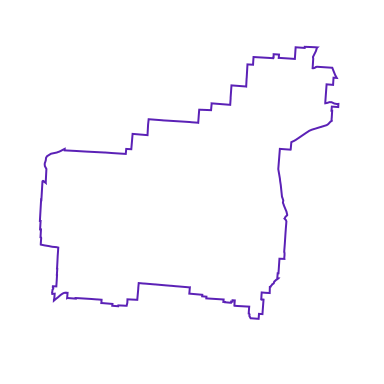 Orange, New South Wales, Australia, rotated 264°
{"feature_id": "25037944B16030223882467", "entity_name": "Orange", "entity_type": "district", "adm_level": 2, "iso_a3": "AUS", "parent_name": "Australia", "parent_adm1": "New South Wales", "projection": "orthographic", "projection_center": [149.098, -33.328], "detail": "fine", "context": "isolated", "style": "outline", "palette": "violet", "viewbox_px": 384, "rotation_deg": 264, "n_neighbors": 0, "source": "geoboundaries", "source_scale": "gbopen_adm2", "svg_char_len": 4684}
<svg xmlns="http://www.w3.org/2000/svg" viewBox="0 0 384 384"><g transform="rotate(264 192 192)"><path d="M322.7,331.7L323.1,329.5L323.9,324.2L324.6,319.3L323.5,319.1L324.4,314.1L325.1,310.2L313.6,308.2L314.6,302.5L316.3,292.5L316.3,292.3L319.6,292.9L320.5,287.6L317.2,287.2L317.2,286.7L316.6,286.6L317.3,282.6L319.8,267.3L314.0,266.3L312.2,266.0L313.1,260.5L299.7,258.3L299.4,258.2L291.2,256.9L291.3,256.6L293.9,242.4L281.4,240.2L281.0,240.2L274.7,239.1L278.1,220.8L277.9,220.8L271.4,219.5L273.1,207.8L271.7,207.5L260.2,205.4L260.3,205.1L261.4,198.9L261.8,197.2L263.0,190.2L265.6,174.7L266.3,170.4L266.4,170.2L268.9,156.5L263.8,155.4L253.2,153.7L256.0,139.0L240.9,136.1L241.7,131.1L236.8,130.1L239.0,117.1L240.4,109.5L240.4,109.2L241.5,102.2L243.4,90.1L243.5,89.5L244.9,81.1L245.9,74.8L246.7,69.7L248.2,69.9L247.8,68.8L246.5,65.6L245.9,63.8L245.8,63.1L245.4,61.7L244.8,55.8L243.4,52.9L242.7,51.5L241.2,50.4L238.9,49.9L237.2,49.2L236.5,48.8L235.5,48.5L235.1,48.4L233.1,48.4L230.1,49.6L221.1,48.2L218.6,47.8L216.5,47.5L216.4,47.5L216.5,47.4L216.6,47.2L216.8,47.0L216.9,46.9L217.0,46.7L217.3,46.4L217.5,46.2L217.8,46.0L217.8,45.9L218.0,45.8L218.1,45.7L218.3,45.5L218.3,45.4L218.5,45.3L218.5,45.2L218.6,44.9L218.4,44.6L218.2,44.4L200.0,41.4L200.2,41.1L199.7,41.0L199.3,41.0L179.1,37.7L179.0,38.4L176.1,37.9L173.6,37.5L173.1,37.4L170.7,37.0L170.6,37.9L162.8,36.6L162.6,37.1L162.0,37.2L155.8,36.1L155.5,36.1L154.3,39.8L153.2,43.9L152.9,44.9L152.8,45.1L152.1,47.4L151.7,49.5L151.5,50.5L151.3,51.5L150.7,53.2L143.3,51.9L142.8,51.8L135.7,50.7L131.3,50.0L129.9,49.7L129.8,50.0L124.6,49.1L123.7,48.9L123.6,49.1L118.1,48.2L112.3,47.2L112.8,43.8L111.8,43.6L111.2,43.9L110.3,43.9L109.5,43.1L107.7,42.7L106.5,42.3L105.3,42.4L105.2,42.4L105.2,42.5L105.3,42.6L105.3,42.8L105.3,43.0L105.3,43.3L105.3,43.5L105.3,43.8L105.2,44.2L105.2,44.3L105.2,44.6L105.2,44.8L100.0,43.8L99.7,43.5L98.4,43.3L100.2,45.9L100.6,46.6L101.2,47.6L103.3,50.5L104.0,51.8L104.5,52.7L105.0,54.2L105.1,55.6L105.0,56.4L104.8,56.4L104.7,57.7L99.5,56.7L99.6,57.0L98.1,65.2L98.7,65.2L98.4,67.2L96.2,80.3L95.1,86.2L95.1,86.4L94.3,90.8L93.0,90.6L91.0,90.2L90.9,91.2L89.0,101.2L87.2,100.8L86.1,106.6L86.9,106.8L86.9,107.0L86.2,111.8L85.9,113.5L85.8,114.5L85.7,115.1L88.6,116.1L92.0,116.6L90.5,126.3L101.7,128.5L102.0,128.5L107.0,129.5L106.4,132.5L106.2,133.4L105.9,135.1L105.9,135.3L104.0,145.2L104.0,145.4L101.8,156.6L100.9,161.4L100.9,161.6L100.1,165.4L99.5,168.7L97.4,179.6L97.4,179.9L91.2,178.7L88.7,191.5L87.2,191.2L86.4,195.4L84.7,195.1L81.8,212.2L79.4,211.7L79.2,213.3L78.9,213.3L78.1,217.4L78.0,217.8L77.8,219.0L77.8,219.3L78.4,219.4L78.7,219.5L78.9,219.5L78.7,220.7L80.1,221.0L79.7,223.2L76.5,222.6L74.7,222.3L74.6,222.5L74.4,222.5L73.9,225.2L72.0,236.9L71.5,236.8L65.3,235.7L65.2,236.1L64.0,236.4L62.7,236.1L60.3,237.1L60.1,238.4L58.9,245.0L63.8,245.9L63.2,249.3L74.3,251.3L77.5,251.9L77.7,251.3L77.7,249.8L78.0,249.6L80.4,250.1L80.8,250.1L84.8,250.8L84.1,254.4L83.4,258.7L89.5,259.5L89.6,260.3L90.1,260.5L90.6,261.1L91.2,261.7L91.6,262.0L91.8,262.1L92.0,262.6L92.2,263.1L92.3,263.3L92.6,263.7L92.9,263.9L93.5,264.0L93.8,264.2L93.9,264.3L94.0,264.3L94.3,264.5L94.5,264.7L94.5,264.8L94.7,265.0L94.8,265.1L94.9,265.3L95.0,265.4L95.0,265.5L95.3,265.8L95.4,266.0L95.5,266.1L95.7,266.3L95.8,266.4L95.8,266.5L96.0,266.8L96.1,267.2L96.2,267.3L96.3,267.5L96.5,267.7L96.5,267.8L96.7,268.0L96.8,268.2L96.8,268.3L96.9,268.5L97.0,268.7L97.0,268.9L97.1,269.0L97.3,267.8L98.6,268.0L98.8,268.1L102.2,268.7L102.1,269.5L116.5,272.0L115.8,276.9L116.9,276.9L119.5,277.4L121.2,277.6L122.5,277.6L122.7,277.4L130.9,278.9L140.8,280.6L146.4,281.6L150.1,282.3L152.8,282.8L153.8,282.6L154.3,282.4L154.9,282.0L155.9,281.2L156.2,281.5L157.6,282.4L158.7,283.9L158.9,284.2L159.3,284.3L162.6,283.9L169.3,281.9L169.7,281.9L171.8,281.3L174.1,281.9L177.7,281.1L177.8,281.0L184.3,281.0L189.7,281.0L193.7,280.8L196.4,280.8L205.6,280.2L205.8,280.2L216.0,282.1L225.7,283.9L224.8,288.8L223.8,294.5L224.0,294.6L228.1,295.4L231.2,296.0L231.9,298.0L232.2,298.9L233.0,300.7L239.0,311.9L239.9,313.7L240.2,314.2L240.6,315.0L240.9,315.9L241.1,316.7L241.3,317.1L241.7,319.0L244.2,331.9L244.4,332.8L244.6,333.3L245.0,334.1L245.4,334.7L247.5,337.1L247.9,338.0L248.2,338.5L249.0,338.3L249.3,338.4L250.8,338.6L251.0,338.7L258.2,339.9L258.3,339.2L262.3,340.0L261.2,346.3L264.3,346.8L264.3,345.5L265.1,342.8L266.7,340.2L267.0,338.1L266.6,336.4L266.5,335.9L266.3,333.8L266.5,333.8L285.0,337.1L283.8,343.5L290.9,344.7L290.3,347.9L293.4,346.6L297.2,345.5L300.9,344.5L303.5,329.3L303.3,328.6L303.3,328.3L303.2,328.3L302.8,327.4L302.5,326.5L302.4,325.2L302.5,324.9L311.9,326.5L313.6,326.4L319.1,329.9L322.5,331.4L322.7,331.7Z" fill="none" stroke="#5b21b6" stroke-width="2"/></g></svg>